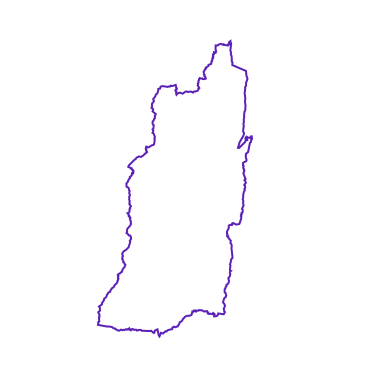 the district of Ambato, Catamarca, Argentina, rotated 18°
{"feature_id": "61730980B94999737100466", "entity_name": "Ambato", "entity_type": "district", "adm_level": 2, "iso_a3": "ARG", "parent_name": "Argentina", "parent_adm1": "Catamarca", "projection": "orthographic", "projection_center": [-65.964, -27.984], "detail": "fine", "context": "isolated", "style": "outline", "palette": "violet", "viewbox_px": 384, "rotation_deg": 18, "n_neighbors": 0, "source": "geoboundaries", "source_scale": "gbopen_adm2", "svg_char_len": 6053}
<svg xmlns="http://www.w3.org/2000/svg" viewBox="0 0 384 384"><g transform="rotate(18 192 192)"><path d="M143.6,347.4L152.3,346.3L155.8,345.3L158.0,345.2L159.4,345.9L161.2,345.6L162.1,346.2L165.3,346.6L167.1,344.8L168.8,344.9L169.9,344.0L170.6,344.0L171.8,342.8L172.8,343.0L173.8,341.8L174.3,342.1L174.6,341.1L175.8,342.3L176.6,342.5L176.9,341.3L177.9,340.6L178.9,341.1L181.4,340.2L182.6,340.8L184.0,339.6L186.1,339.0L187.0,339.5L195.1,337.2L195.9,336.6L199.2,337.9L199.7,337.5L199.5,335.3L201.6,333.3L204.8,338.8L205.7,339.4L206.0,335.5L208.1,335.6L209.9,332.6L210.9,332.5L211.3,331.4L212.4,330.3L215.5,328.6L215.3,327.0L216.5,325.6L217.9,325.8L220.1,324.0L220.0,323.2L220.7,321.6L220.5,319.7L222.2,318.0L222.8,315.0L223.3,314.6L223.8,313.0L225.3,311.4L228.0,310.4L229.5,309.0L229.3,305.8L229.9,306.0L230.3,304.2L231.5,303.8L231.7,304.5L232.5,304.6L232.8,304.5L232.8,303.4L234.7,303.0L235.0,302.2L238.5,301.4L240.1,302.0L243.1,300.7L243.4,301.4L244.7,301.5L244.7,302.7L246.2,302.7L247.5,302.0L249.6,301.9L249.3,300.9L249.5,300.5L251.3,301.2L251.5,303.4L253.7,302.5L254.7,300.7L254.5,299.4L259.9,298.5L260.4,296.6L260.3,295.9L259.6,295.7L258.3,293.2L258.6,290.0L257.2,288.4L255.7,287.5L255.5,286.6L255.5,283.1L256.6,281.1L256.6,280.0L255.0,277.5L254.1,277.4L253.1,274.5L253.6,273.0L253.3,272.0L253.9,270.9L253.4,269.7L254.5,268.3L254.9,266.7L254.7,265.3L253.2,262.8L254.0,260.5L253.8,258.2L252.8,256.8L252.8,255.8L253.4,255.0L252.6,254.9L252.1,254.1L251.2,249.8L250.5,249.2L250.5,246.5L250.1,244.1L250.3,243.1L250.8,242.7L250.6,241.3L246.9,233.2L246.6,231.3L245.7,229.6L244.3,228.6L244.0,226.4L240.3,224.0L240.2,223.0L239.0,223.1L238.8,221.3L238.2,221.0L237.5,218.8L238.1,214.8L237.5,213.1L237.6,212.2L238.8,211.3L240.2,211.1L240.4,210.2L239.9,209.5L240.6,208.8L244.3,209.3L246.9,207.8L247.0,202.2L246.6,200.4L246.0,200.0L246.2,199.0L245.6,198.4L246.1,197.9L245.6,196.5L246.4,196.0L246.2,194.6L245.7,193.3L244.8,192.6L245.2,188.7L244.2,187.2L243.4,184.4L242.4,183.0L242.4,181.3L241.5,178.7L241.3,175.7L241.7,174.0L240.9,172.8L241.3,171.9L240.6,169.8L239.6,169.3L239.5,168.7L240.4,167.0L240.2,166.4L238.7,164.4L238.8,163.9L238.4,164.1L238.6,162.9L235.0,158.1L235.3,155.8L234.6,155.3L234.6,154.4L233.1,153.2L233.2,151.4L232.2,150.8L231.6,148.4L234.1,145.8L234.0,144.6L232.1,141.8L232.0,140.2L231.6,139.7L231.6,138.9L233.0,136.7L231.9,127.3L232.5,126.4L232.2,125.1L232.7,122.9L231.5,120.6L230.8,121.0L231.0,122.8L230.1,122.5L228.4,123.0L226.7,122.5L226.2,124.3L228.3,124.9L228.6,125.5L228.3,125.8L226.9,125.3L227.1,128.0L223.2,135.5L222.1,135.8L221.9,130.0L223.5,122.8L223.4,120.1L222.1,118.8L221.5,117.2L220.8,113.0L219.9,111.5L219.6,108.9L218.8,107.3L218.8,105.8L217.6,102.0L217.1,99.2L217.3,97.6L216.2,93.3L214.6,90.0L213.6,85.9L211.5,81.8L210.9,78.2L210.1,75.6L210.6,74.4L209.7,71.5L209.8,67.2L207.6,64.2L206.0,60.2L191.1,58.8L190.5,56.3L189.6,55.7L187.7,50.5L186.4,49.2L186.0,47.2L184.8,45.7L183.3,38.5L182.2,37.5L181.9,36.6L181.2,37.5L181.1,38.6L181.8,39.5L181.6,40.4L180.7,40.7L180.9,41.5L177.8,42.1L176.6,41.7L176.3,42.4L173.7,42.2L172.1,43.2L171.0,44.8L169.2,45.3L170.3,49.0L171.6,51.0L170.9,51.6L171.2,52.3L169.7,52.3L170.3,54.2L169.5,54.6L169.6,55.5L170.5,56.8L170.1,57.2L170.6,58.1L170.0,58.6L170.6,60.0L170.3,60.8L170.6,61.5L170.2,61.8L170.7,64.2L168.4,66.0L168.7,67.0L166.6,69.6L167.2,70.3L166.2,72.0L166.4,72.7L165.9,74.1L167.3,76.7L167.9,76.9L167.7,77.5L168.1,78.1L169.4,78.7L170.1,79.8L169.3,80.6L167.6,81.2L166.6,80.8L165.7,81.4L164.1,81.3L163.8,82.7L164.1,83.5L163.8,84.6L164.4,85.7L164.0,86.9L164.6,87.6L164.5,89.0L166.8,90.8L166.1,91.7L166.5,92.4L166.2,93.6L165.5,94.5L162.5,96.2L162.3,97.1L159.9,96.8L158.0,97.8L156.6,98.2L156.0,98.0L154.8,98.5L152.7,101.4L149.8,101.2L148.0,102.5L147.2,104.3L146.3,103.0L146.0,101.2L145.2,101.1L144.9,100.6L144.8,99.6L145.7,99.0L145.6,98.1L144.6,97.4L143.4,95.2L140.4,97.4L138.8,97.5L138.4,98.6L137.3,98.8L136.3,99.6L131.4,100.3L129.6,101.5L129.7,103.5L128.1,104.3L128.6,106.7L128.5,109.0L127.6,110.5L127.5,112.6L126.4,115.4L126.7,116.3L127.6,117.0L127.5,118.6L126.7,120.1L127.0,121.8L127.5,122.5L127.5,124.5L128.3,124.5L128.7,125.1L129.5,125.3L129.6,127.5L133.5,129.1L133.1,131.2L133.9,133.4L133.4,134.2L133.4,135.9L132.8,137.0L133.2,138.8L134.0,139.9L135.0,140.3L135.7,143.7L135.1,144.6L136.3,145.7L136.2,148.0L137.5,148.3L139.8,151.3L139.7,152.9L140.3,153.4L141.1,157.6L141.0,158.9L139.3,160.1L137.1,162.8L135.9,163.4L134.9,162.8L134.5,163.0L134.6,165.2L135.8,166.4L135.6,166.9L136.9,167.9L136.1,169.4L135.3,170.2L134.6,172.0L132.7,174.4L130.5,174.6L128.6,176.5L128.5,177.5L127.2,179.4L123.7,186.3L123.6,187.8L126.4,188.1L127.1,188.7L127.4,188.3L128.5,189.5L129.1,189.4L130.0,190.2L130.2,192.0L129.4,191.8L129.0,192.9L129.7,193.9L129.0,196.0L128.2,196.8L128.7,197.9L128.0,199.3L127.7,202.5L127.0,204.1L128.1,207.2L130.4,207.6L131.7,209.9L132.3,210.2L132.6,212.4L133.9,213.9L133.7,216.1L134.2,216.8L134.6,218.8L135.7,220.1L135.8,221.9L136.6,222.6L136.5,223.3L138.3,224.3L137.9,226.4L138.3,227.0L137.9,227.5L138.6,230.3L138.3,231.3L137.2,232.1L138.6,233.0L139.3,234.6L140.0,235.0L140.2,234.5L141.5,235.8L141.2,236.5L141.4,237.3L142.9,238.6L143.0,239.7L143.9,241.1L143.6,243.1L142.0,246.7L141.9,248.3L142.6,249.8L142.5,251.4L143.9,251.7L145.2,252.8L146.6,252.5L148.1,254.1L148.0,254.7L148.6,255.5L147.9,257.7L148.7,258.5L148.8,264.0L147.2,267.3L145.2,269.8L144.7,272.0L145.0,273.0L146.2,274.2L145.9,275.6L146.0,276.4L146.6,276.9L146.5,277.5L148.0,279.0L148.4,280.0L148.9,279.9L150.2,281.4L151.0,281.6L151.2,282.5L151.0,284.2L149.9,287.1L150.0,289.7L149.0,290.6L148.7,291.7L147.5,292.6L147.0,294.0L147.5,294.7L148.1,294.8L148.0,296.5L148.8,297.2L148.5,297.6L148.8,298.2L148.6,299.2L148.9,299.5L148.6,302.1L147.3,304.2L146.9,306.8L145.7,308.1L144.8,311.2L145.0,312.3L143.4,313.6L143.4,315.0L142.9,315.9L142.9,318.3L141.4,320.9L141.7,322.2L140.7,325.6L141.1,326.7L138.9,329.7L139.8,330.2L140.8,332.0L141.1,333.5L140.1,334.9L140.1,335.6L141.7,336.9L142.0,338.1L142.4,338.4L142.6,339.5L142.2,339.9L143.8,343.7L143.0,344.9L143.5,346.0L143.6,347.4Z" fill="none" stroke="#5b21b6" stroke-width="2"/></g></svg>